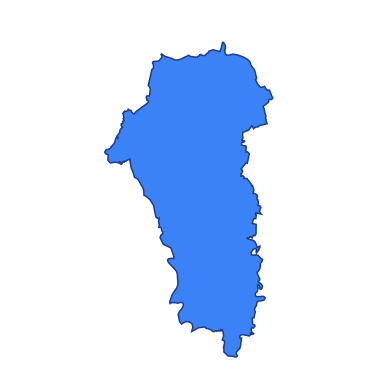 Tlacotalpan, Veracruz, Mexico (Robinson projection), rotated 12°
{"feature_id": "50627088B74456725594812", "entity_name": "Tlacotalpan", "entity_type": "district", "adm_level": 2, "iso_a3": "MEX", "parent_name": "Mexico", "parent_adm1": "Veracruz", "projection": "robinson", "projection_center": [-95.611, 18.521], "detail": "fine", "context": "isolated", "style": "filled", "palette": "blue", "viewbox_px": 384, "rotation_deg": 12, "n_neighbors": 0, "source": "geoboundaries", "source_scale": "gbopen_adm2", "svg_char_len": 6082}
<svg xmlns="http://www.w3.org/2000/svg" viewBox="0 0 384 384"><g transform="rotate(12 192 192)"><path d="M132.7,189.6L135.5,190.3L137.2,191.4L140.0,194.8L143.9,198.9L143.7,199.4L144.5,200.7L145.8,205.4L147.0,205.4L153.2,208.6L152.9,208.6L157.2,213.1L161.9,224.1L164.5,225.1L165.1,224.3L165.5,224.8L165.3,226.6L165.5,228.3L166.9,231.0L166.9,233.5L167.5,233.5L168.0,233.0L169.1,233.1L170.5,236.2L171.4,236.7L171.9,238.0L172.0,239.2L171.6,239.6L171.2,239.6L170.4,240.9L170.3,243.4L174.8,249.1L182.9,251.1L186.7,257.2L188.2,260.0L188.0,260.6L184.7,261.5L182.9,262.3L182.3,263.1L182.4,264.2L183.7,265.9L191.8,271.5L193.5,273.1L194.6,275.1L197.3,284.6L197.2,288.4L193.9,296.6L193.1,303.3L193.3,305.1L193.7,305.6L193.8,305.3L195.4,304.4L198.1,303.8L201.1,303.7L204.1,302.2L205.7,302.4L206.3,302.8L206.9,303.5L207.1,305.4L206.0,308.9L204.7,311.1L203.9,314.6L206.8,321.4L209.2,323.3L211.3,321.3L213.0,320.1L215.5,319.5L218.1,320.2L219.4,321.1L220.7,323.2L220.9,324.3L220.7,328.5L226.7,323.4L232.6,321.3L234.3,322.5L235.7,322.3L239.4,323.0L241.2,324.1L242.6,324.0L244.0,322.8L244.7,322.7L245.0,323.1L246.8,321.9L247.1,322.4L247.6,322.4L248.7,321.8L249.4,321.8L249.3,321.2L248.9,320.5L250.5,320.6L251.5,322.4L252.9,326.5L252.3,330.4L253.4,330.9L254.6,330.7L255.0,332.0L255.3,333.8L255.1,336.1L255.6,336.9L255.1,337.6L256.1,339.5L256.3,341.5L256.6,342.0L259.5,343.5L260.5,344.6L262.0,344.8L266.6,344.2L268.5,344.5L269.8,344.0L270.3,343.4L270.4,342.7L268.9,341.1L268.8,339.3L269.9,337.2L271.2,335.5L270.9,335.4L271.4,333.7L271.5,332.7L271.0,328.3L271.3,327.3L270.8,326.3L270.9,324.6L270.5,324.5L269.5,325.0L269.1,324.7L268.8,324.0L269.0,322.4L269.3,321.9L271.2,321.0L278.1,320.9L278.5,320.3L279.0,318.8L278.6,318.2L278.9,317.9L279.8,318.9L280.3,318.8L280.6,318.2L281.7,318.1L281.8,317.6L279.6,316.6L278.9,315.4L278.3,313.2L278.7,312.3L280.0,312.4L280.7,312.1L281.1,310.4L281.4,310.3L281.3,309.5L281.0,309.1L278.7,308.5L278.3,307.9L278.2,306.2L277.2,303.4L277.2,302.7L278.9,302.1L278.7,300.2L278.9,296.6L278.7,295.7L277.6,294.2L277.6,293.3L278.0,290.9L278.7,289.8L278.4,288.2L278.6,286.1L280.0,284.6L282.2,284.2L284.6,282.9L285.3,282.1L285.6,280.4L285.5,280.1L284.2,279.4L282.8,279.3L277.1,281.1L275.5,279.9L275.1,278.4L275.0,277.9L276.4,276.2L276.6,275.1L276.6,272.3L275.7,270.8L275.5,269.9L275.8,269.1L276.2,268.6L276.7,268.6L278.5,272.5L279.3,273.1L279.8,272.9L280.4,271.9L280.5,269.4L278.9,267.7L275.5,266.1L276.5,263.8L276.3,262.9L273.2,258.8L272.5,257.0L272.8,256.7L274.3,253.4L274.3,252.1L273.8,247.7L274.8,245.6L275.0,243.3L273.0,242.4L269.8,240.2L268.0,240.1L264.3,241.2L263.0,240.5L262.4,239.3L263.3,236.4L264.4,235.0L265.6,234.2L266.3,234.3L267.3,235.1L267.0,236.6L267.2,237.7L267.7,238.4L268.5,236.9L268.5,236.3L268.9,235.9L268.9,235.3L269.4,235.0L269.3,234.2L269.9,232.3L269.7,230.8L267.2,232.7L266.1,230.4L264.0,227.7L262.4,226.7L261.1,226.5L256.5,226.3L255.7,225.3L256.9,225.1L258.5,223.3L259.1,223.4L259.4,224.0L260.4,224.5L260.9,222.0L261.6,221.6L262.8,221.5L263.3,219.6L261.5,210.3L257.6,210.2L257.6,206.8L258.4,204.9L259.9,204.9L259.7,201.0L258.9,201.0L258.8,199.1L264.3,199.2L262.2,197.4L262.2,194.5L262.6,192.7L261.2,191.4L259.6,191.6L259.2,191.4L259.3,189.2L258.1,186.1L257.1,185.3L256.7,184.4L257.0,182.9L256.3,181.4L254.4,180.6L251.9,180.4L251.8,179.7L252.3,178.4L252.0,176.9L249.8,173.1L249.0,173.6L248.3,172.0L242.9,167.3L239.9,167.9L239.8,166.4L239.2,165.9L238.0,165.5L237.1,166.2L236.6,166.2L236.7,164.7L236.1,164.0L236.8,163.3L236.8,162.2L237.3,161.2L237.0,160.7L236.3,160.5L236.1,159.5L235.4,159.0L239.1,151.9L240.1,152.3L240.1,142.7L238.1,141.3L237.4,141.2L236.5,141.6L235.8,139.0L235.8,136.9L235.1,135.7L232.3,136.0L231.2,135.8L230.5,135.0L230.4,133.4L230.7,133.0L230.9,132.7L232.3,132.5L233.0,131.4L232.7,131.1L230.1,131.0L230.6,128.3L229.8,126.5L229.5,124.8L229.4,123.0L231.2,122.1L233.5,120.1L234.0,121.1L233.8,119.9L235.0,119.0L235.4,117.6L236.1,116.5L236.6,114.9L237.8,115.7L239.0,117.4L240.5,115.5L243.2,114.4L244.1,113.0L251.3,109.6L250.0,107.3L249.4,106.9L249.5,105.9L248.8,105.3L248.3,101.7L246.8,99.4L245.5,96.0L243.9,93.7L244.0,93.0L245.6,91.5L247.9,88.6L248.3,87.4L247.9,86.9L247.9,85.7L248.7,85.2L250.2,85.1L251.6,83.7L251.1,82.6L250.4,82.0L246.6,76.3L244.6,76.6L243.5,76.3L241.0,73.6L238.6,75.1L237.4,75.4L233.9,72.8L230.7,68.9L231.5,68.0L231.3,66.8L228.4,60.7L227.1,58.9L223.3,55.8L221.8,53.0L221.0,52.1L218.4,50.6L213.8,49.2L208.7,48.5L203.4,48.6L199.4,50.6L197.6,50.7L196.1,50.2L194.7,47.1L194.8,44.0L194.1,41.6L192.5,40.3L192.1,39.3L191.5,39.2L190.8,39.2L190.6,45.5L190.1,48.8L183.0,48.5L179.5,50.5L178.8,52.6L177.8,53.2L176.4,55.9L172.3,56.2L172.1,55.6L170.9,56.2L170.7,57.2L168.7,59.1L167.2,59.2L165.8,59.7L165.1,59.4L162.7,59.8L160.3,58.9L158.8,60.3L157.8,60.8L152.9,64.7L150.7,65.8L148.0,66.4L144.6,65.6L137.0,64.8L133.7,63.3L133.1,64.0L134.4,65.0L134.5,66.2L134.0,67.6L132.6,70.1L131.5,71.1L127.5,72.2L126.9,72.6L126.5,73.4L126.7,74.2L127.8,75.6L128.5,78.7L127.3,80.8L127.1,96.9L128.7,98.2L129.8,99.8L130.0,100.9L130.0,103.2L130.4,105.4L130.4,106.9L128.0,107.3L127.5,108.0L127.6,109.0L128.7,111.4L130.1,111.8L130.6,112.3L130.6,113.2L129.3,115.1L120.5,125.0L119.3,127.5L118.9,127.7L116.8,126.7L115.3,124.8L113.9,125.0L113.1,124.8L112.8,124.3L112.3,124.4L112.2,125.8L111.8,126.2L110.3,127.0L109.3,126.8L109.1,127.1L108.7,128.3L108.4,128.6L108.5,129.2L108.0,129.5L108.9,130.7L109.0,131.6L109.9,132.9L109.4,134.7L110.5,135.6L110.7,136.4L109.4,137.2L109.5,137.7L110.1,138.2L110.1,139.2L108.9,139.8L108.6,140.5L109.0,141.9L110.2,143.0L110.0,143.8L110.3,143.8L109.0,145.2L108.6,147.2L108.9,148.7L106.9,153.1L108.2,153.7L108.4,154.9L106.9,154.7L106.3,155.1L106.1,158.9L106.3,159.4L104.1,163.8L103.6,164.0L103.3,164.7L103.4,165.6L102.3,166.9L99.4,168.6L98.5,170.1L98.4,171.2L99.5,172.5L100.1,172.8L101.7,172.8L102.4,173.2L103.0,178.1L103.9,179.2L106.3,180.6L111.0,178.7L114.3,178.8L114.4,177.7L115.3,177.5L115.3,178.2L116.1,178.2L115.9,179.3L117.4,179.5L117.8,177.9L117.6,177.1L119.4,176.9L119.1,175.9L120.9,175.9L121.1,175.1L124.4,172.6L124.9,174.7L127.5,181.0L130.6,185.5L132.7,189.6Z" fill="#3b82f6" stroke="#1e3a8a" stroke-width="1.5"/></g></svg>